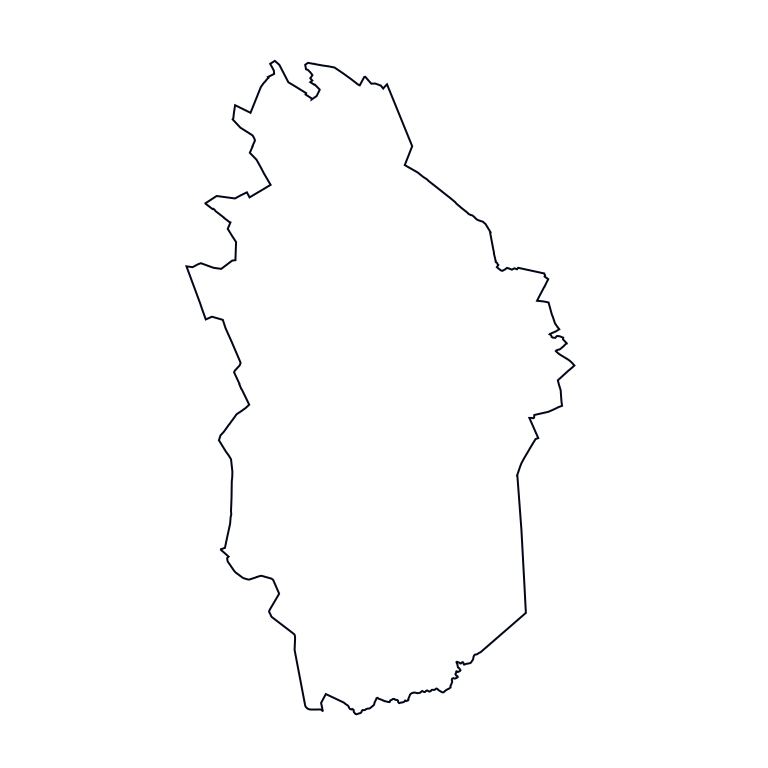 the district of Burtnieku pag., Burtnieku, Latvia, rotated 177°
{"feature_id": "27541924B29560801732467", "entity_name": "Burtnieku pag.", "entity_type": "district", "adm_level": 2, "iso_a3": "LVA", "parent_name": "Latvia", "parent_adm1": "Burtnieku", "projection": "orthographic", "projection_center": [25.298, 57.686], "detail": "fine", "context": "isolated", "style": "outline", "palette": "ink", "viewbox_px": 768, "rotation_deg": 177, "n_neighbors": 0, "source": "geoboundaries", "source_scale": "gbopen_adm2", "svg_char_len": 5961}
<svg xmlns="http://www.w3.org/2000/svg" viewBox="0 0 768 768"><g transform="rotate(177 384 384)"><path d="M254.3,148.0L254.3,175.6L254.4,231.3L255.6,285.1L256.0,285.4L252.3,294.6L250.9,297.7L247.9,302.6L239.1,315.9L235.5,321.1L232.8,321.9L240.6,342.5L238.6,342.4L236.6,342.0L235.9,342.5L235.5,345.2L221.4,347.6L215.3,349.9L210.6,351.9L207.3,352.9L207.7,357.2L207.9,368.6L209.4,374.5L210.2,378.6L199.6,387.3L195.2,390.6L192.9,392.5L195.5,395.7L197.2,397.4L198.9,398.8L206.4,403.9L208.7,405.8L210.7,407.9L210.3,408.4L208.9,409.0L206.9,409.3L206.2,409.7L202.7,412.3L200.5,414.4L199.8,414.8L199.4,414.8L199.3,415.0L202.9,419.2L202.6,420.9L206.2,422.5L208.7,422.9L210.7,421.1L213.3,421.6L214.0,422.2L214.5,423.6L214.9,424.1L215.4,424.7L216.0,425.0L215.7,425.3L209.5,427.6L206.1,429.5L208.2,432.5L210.1,435.7L211.9,442.3L212.7,444.4L215.4,456.8L220.3,458.1L226.8,459.1L224.9,462.5L219.0,472.4L218.8,472.4L216.8,476.1L214.5,480.1L218.0,482.9L217.9,483.1L217.4,484.1L218.2,485.6L218.2,486.0L243.9,493.0L244.0,493.0L245.2,491.6L247.7,492.7L250.3,491.5L253.6,493.0L255.2,493.5L256.7,492.3L259.9,490.8L261.3,491.3L263.4,493.1L265.2,494.8L263.6,496.8L263.9,497.1L264.3,497.7L264.7,498.9L265.9,499.8L266.1,500.3L265.9,500.8L266.1,500.9L266.6,504.3L267.4,508.4L267.3,509.2L267.5,510.9L267.8,512.5L270.2,530.4L269.9,530.4L274.2,538.4L276.8,540.9L279.5,541.9L282.1,543.0L284.3,545.0L284.7,545.7L286.9,547.7L287.8,548.1L288.7,548.2L289.3,548.7L290.0,549.0L291.1,549.8L291.4,550.4L292.7,551.6L297.7,556.0L302.3,560.4L303.3,561.8L308.9,567.0L309.9,567.8L324.0,580.2L328.4,584.0L330.5,586.2L334.2,588.9L339.2,593.4L351.8,601.5L343.4,620.0L365.3,683.1L368.4,680.2L369.3,679.1L371.6,682.2L377.0,684.5L381.0,684.6L386.6,691.7L387.6,691.7L392.6,683.5L394.6,684.7L400.9,690.2L408.5,696.3L416.8,702.6L422.2,704.0L428.3,705.2L435.2,706.8L436.7,707.3L436.8,707.2L443.1,708.7L446.0,706.9L445.4,702.4L443.6,701.7L441.2,699.0L439.3,696.2L441.6,693.2L439.7,690.8L441.8,689.3L437.9,686.5L437.7,686.7L437.3,686.5L432.8,681.4L432.8,681.2L433.3,680.3L436.2,675.1L441.4,671.9L441.2,672.9L447.2,677.2L446.5,678.5L457.0,685.8L463.7,690.3L471.8,708.2L476.1,712.4L480.9,709.7L477.6,702.8L477.5,699.4L483.9,696.6L483.4,695.8L484.1,695.3L487.6,691.5L488.0,691.3L491.4,687.1L503.1,661.8L518.1,670.2L519.6,663.0L520.6,657.2L521.3,656.2L514.0,647.5L502.2,639.1L500.7,636.1L500.1,633.9L502.9,628.4L502.7,628.3L505.9,621.9L499.6,614.7L495.1,605.5L492.9,600.6L486.8,588.8L508.5,577.4L510.9,582.6L517.4,579.8L523.1,577.1L541.3,580.5L552.9,573.8L552.8,573.4L546.1,567.7L545.9,567.6L545.3,567.9L545.1,567.8L543.8,566.5L543.2,565.5L535.2,558.6L535.2,558.3L534.9,558.1L529.7,553.7L528.9,553.4L531.9,547.1L527.9,539.7L524.3,533.5L525.9,515.4L529.1,515.2L540.5,507.5L547.4,508.8L549.2,509.4L560.5,514.2L563.5,513.3L569.0,510.7L575.1,511.8L563.2,473.6L562.0,469.2L558.6,457.8L552.3,460.2L541.6,456.5L539.3,448.0L534.0,434.3L526.8,414.7L526.1,412.5L527.1,410.2L532.3,405.1L533.1,403.5L528.3,391.6L528.5,391.4L526.7,386.4L526.4,386.2L526.2,385.8L520.5,372.3L519.9,370.8L519.7,370.4L523.1,367.5L528.2,364.2L532.7,361.6L537.5,355.6L538.1,355.0L540.0,352.5L541.0,351.5L544.4,347.2L546.6,344.5L550.0,341.2L551.8,336.4L551.7,336.3L545.5,324.9L542.6,320.4L540.8,317.0L540.7,316.9L540.0,304.4L540.4,299.1L541.1,294.8L542.2,278.7L543.0,269.7L543.4,265.9L543.4,261.5L544.1,259.2L545.0,252.5L549.2,237.1L551.4,228.7L555.5,227.5L555.5,226.8L552.7,224.2L548.2,219.7L549.5,218.6L549.8,218.1L549.4,215.0L543.9,206.0L542.4,203.9L541.4,203.0L541.0,202.7L535.2,197.9L534.3,197.4L529.8,195.8L528.7,195.8L521.9,197.6L521.4,197.9L520.5,198.0L519.4,198.4L517.0,198.9L515.8,198.7L506.5,195.5L505.3,194.5L504.8,193.8L499.7,180.1L499.8,179.9L500.6,178.6L509.7,164.9L510.5,163.5L510.6,162.4L509.4,159.7L508.9,158.2L508.2,157.1L487.4,139.4L486.6,138.6L486.3,137.9L486.2,137.3L486.1,135.9L486.1,134.7L487.2,123.1L479.6,67.5L479.4,66.5L479.2,66.0L478.1,64.6L477.5,64.0L476.9,63.6L475.5,63.0L474.0,62.7L464.6,62.3L463.8,62.0L462.5,60.8L462.3,60.9L463.5,68.8L458.3,77.4L440.7,67.9L439.7,66.9L436.6,64.5L435.6,62.1L435.0,61.3L433.8,60.7L433.4,60.9L433.0,60.8L432.7,61.1L432.0,60.7L431.3,59.9L431.4,58.9L431.2,57.9L430.8,57.5L430.3,56.6L429.9,56.2L429.4,55.8L428.8,55.6L427.9,55.9L424.6,56.7L423.7,57.6L422.9,59.2L422.3,59.5L420.8,59.3L420.0,59.5L418.8,60.3L417.2,60.7L415.8,60.7L414.9,61.0L411.1,63.8L410.7,64.3L410.0,66.6L408.4,69.4L407.9,70.6L407.1,71.0L406.6,70.8L406.1,70.2L405.6,69.9L403.6,69.1L400.0,67.3L396.2,66.2L395.1,66.1L394.7,66.5L394.5,67.3L394.3,67.7L393.2,68.0L391.5,69.0L390.3,68.9L389.2,68.1L388.7,67.9L387.7,67.9L386.9,67.4L386.6,67.0L386.5,65.7L386.3,65.3L385.8,64.7L385.4,64.5L383.8,65.0L382.4,65.0L380.9,65.4L380.3,65.8L379.5,66.8L379.2,66.7L378.5,66.2L376.5,66.8L376.1,67.3L376.3,67.8L376.3,68.0L375.9,68.7L375.6,69.5L374.1,72.6L373.3,73.3L371.8,74.0L369.6,74.3L366.5,73.4L363.8,73.9L362.7,75.0L361.8,75.4L360.7,74.6L359.4,74.2L358.9,74.5L358.2,75.2L357.2,75.7L356.6,75.6L355.6,74.8L354.7,74.5L353.8,74.7L353.2,75.1L352.5,75.9L352.1,76.1L350.0,75.9L349.2,76.1L348.1,76.9L347.7,77.1L347.2,77.0L346.6,76.6L345.5,75.4L342.4,73.3L342.0,73.1L341.0,72.9L340.4,73.2L339.3,74.1L337.6,75.3L335.7,76.1L334.3,76.8L333.6,77.4L333.4,77.6L333.5,78.8L332.7,80.2L331.6,82.7L331.5,83.7L331.8,84.8L331.6,85.8L331.1,86.3L329.9,86.6L329.1,86.2L328.2,86.2L326.4,86.9L325.7,87.5L325.8,88.1L326.1,88.5L327.1,89.0L327.8,90.2L327.8,90.7L327.7,91.0L327.4,91.3L327.1,91.7L327.0,92.9L326.7,93.3L326.4,93.3L325.7,92.7L325.0,92.6L323.6,93.2L323.1,93.5L322.6,94.1L322.6,94.3L323.0,94.8L323.6,95.9L323.9,96.3L324.6,96.7L325.0,97.3L325.4,100.1L326.2,102.3L326.1,102.6L325.6,102.8L325.4,102.7L324.6,102.2L323.1,101.7L322.4,100.9L321.8,100.9L320.7,101.9L320.0,102.1L319.6,101.9L319.3,101.4L319.0,100.1L318.9,99.7L318.4,99.6L316.6,100.2L312.8,100.7L312.2,100.9L311.7,101.4L309.8,103.8L309.4,104.5L308.8,107.1L308.1,108.3L307.6,108.8L307.3,109.0L305.7,109.1L305.1,109.3L303.3,110.4L301.6,111.1L254.3,148.0Z" fill="none" stroke="#020617" stroke-width="2"/></g></svg>